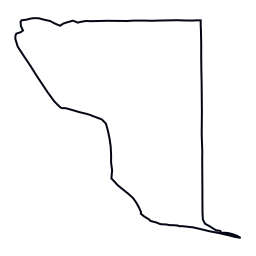 the district of Shat Al-Arab, Al-Basrah, Iraq
{"feature_id": "34846034B66422309861537", "entity_name": "Shat Al-Arab", "entity_type": "district", "adm_level": 2, "iso_a3": "IRQ", "parent_name": "Iraq", "parent_adm1": "Al-Basrah", "projection": "orthographic", "projection_center": [47.816, 30.719], "detail": "fine", "context": "isolated", "style": "outline", "palette": "ink", "viewbox_px": 256, "rotation_deg": 0, "n_neighbors": 0, "source": "geoboundaries", "source_scale": "gbopen_adm2", "svg_char_len": 1494}
<svg xmlns="http://www.w3.org/2000/svg" viewBox="0 0 256 256"><path d="M240.6,237.9L237.0,235.8L232.7,234.2L228.3,233.1L224.2,232.7L222.3,232.9L221.3,232.5L220.1,230.9L219.0,230.7L215.9,230.2L210.2,226.6L205.0,223.7L202.9,219.7L202.5,212.5L202.4,194.5L202.4,190.0L202.2,159.5L202.3,152.3L201.7,134.5L201.9,111.4L201.6,80.8L201.4,72.5L201.2,57.4L201.2,43.0L200.9,29.0L200.7,25.0L200.7,20.3L198.2,20.3L193.1,20.5L186.2,20.5L177.0,20.2L156.6,20.6L152.6,20.8L144.7,20.6L134.6,20.6L133.6,20.6L126.8,21.0L107.3,20.8L90.0,21.2L86.7,20.9L81.5,21.7L77.7,22.6L75.2,21.5L72.7,20.7L70.1,21.5L67.2,22.3L63.2,23.6L60.2,25.7L58.2,25.0L54.6,23.4L50.3,21.1L47.3,20.4L43.2,19.5L38.9,18.3L34.6,18.1L32.7,18.3L30.5,18.6L26.3,19.7L21.5,20.3L20.6,21.7L20.9,26.1L21.8,28.0L23.0,30.5L20.7,32.2L16.4,33.6L15.4,35.6L15.4,39.1L17.7,46.6L23.4,55.4L30.4,65.8L36.8,76.0L47.7,92.4L54.3,101.4L59.6,106.7L61.6,108.1L65.8,108.2L72.2,110.0L73.3,110.3L76.2,111.2L80.4,112.4L86.4,113.8L90.4,115.0L92.4,115.9L101.8,119.4L105.9,123.6L107.7,129.9L109.5,138.3L110.7,146.5L111.1,154.9L111.1,162.8L112.1,170.3L111.4,178.4L117.7,185.2L121.1,188.0L124.5,190.7L128.1,193.6L133.1,198.1L136.1,202.4L137.7,205.2L139.2,208.0L141.0,212.0L140.9,213.8L144.1,216.4L149.3,219.6L150.4,220.9L156.0,222.4L160.6,224.2L163.0,224.3L166.4,224.5L169.5,225.1L173.5,225.2L177.5,225.5L179.4,226.2L182.8,226.2L193.3,227.4L201.4,229.3L202.3,229.5L209.7,231.3L218.2,232.9L230.0,235.6L234.0,236.7L240.6,237.9Z" fill="none" stroke="#020617" stroke-width="2"/></svg>